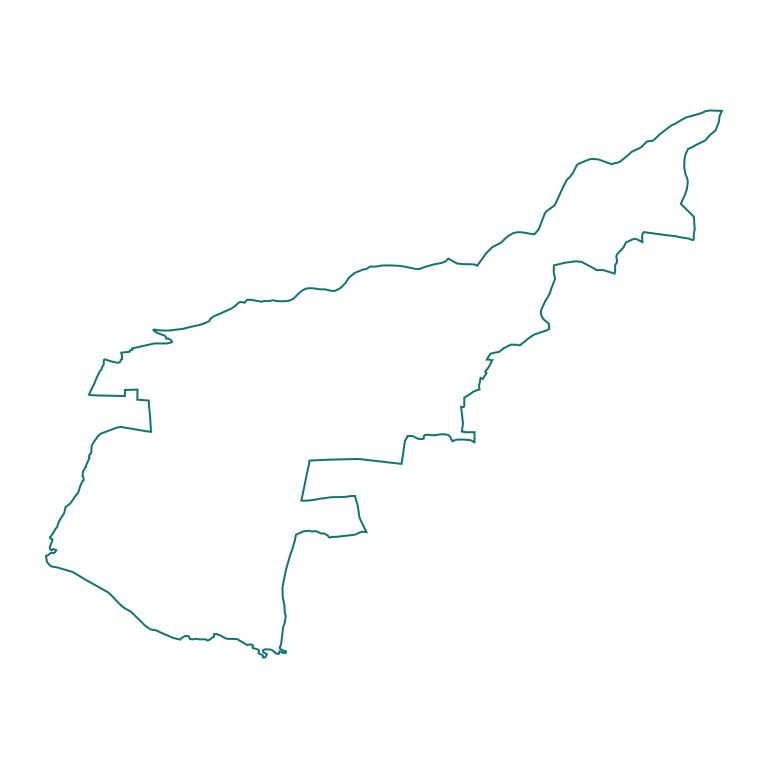 outline of Solovastru, Mures, Romania
{"feature_id": "2599482B7590824952903", "entity_name": "Solovastru", "entity_type": "district", "adm_level": 2, "iso_a3": "ROU", "parent_name": "Romania", "parent_adm1": "Mures", "projection": "equal_earth", "projection_center": [24.78, 46.783], "detail": "fine", "context": "isolated", "style": "outline", "palette": "teal", "viewbox_px": 768, "rotation_deg": 0, "n_neighbors": 0, "source": "geoboundaries", "source_scale": "gbopen_adm2", "svg_char_len": 6058}
<svg xmlns="http://www.w3.org/2000/svg" viewBox="0 0 768 768"><path d="M286.0,651.3L284.0,650.8L280.5,649.2L279.8,647.9L279.9,646.8L281.0,644.9L283.2,627.0L284.8,622.5L285.8,615.7L285.1,614.3L284.7,612.1L284.4,605.5L284.5,604.6L284.0,603.8L283.6,600.8L282.8,597.7L282.5,588.1L282.7,585.8L286.2,568.9L290.2,554.9L292.3,549.4L294.8,540.6L296.0,534.7L303.5,531.3L307.9,530.9L310.2,530.8L311.5,531.5L312.8,531.5L315.0,531.1L318.0,531.8L320.7,533.5L323.6,533.4L325.0,533.9L327.7,535.5L328.9,537.1L330.1,537.6L331.9,536.9L335.8,536.9L355.0,534.7L359.4,532.6L362.5,531.7L366.4,532.1L360.4,519.7L359.3,516.8L357.8,505.8L354.9,495.9L349.0,496.2L348.3,496.6L342.7,497.0L331.2,497.2L323.1,498.4L321.7,498.4L313.4,500.0L307.2,500.6L301.4,500.7L307.3,471.7L308.7,465.9L309.5,460.6L326.3,459.8L355.9,459.0L360.5,459.2L401.6,463.9L405.0,440.6L406.8,438.1L407.3,436.3L407.6,436.0L409.0,435.9L409.6,436.4L410.4,436.0L412.0,436.0L414.1,436.7L418.0,438.8L421.5,439.1L423.7,438.6L423.9,436.0L424.4,435.3L425.2,435.0L427.7,434.8L434.4,435.3L440.6,434.3L443.9,434.3L447.2,434.7L448.6,435.3L450.4,437.1L451.6,440.0L452.3,441.1L452.7,441.3L453.2,440.5L454.5,440.5L456.3,439.7L462.9,439.5L470.1,440.1L472.2,440.9L473.6,442.1L474.5,442.3L474.5,432.2L464.3,432.2L464.3,431.8L461.8,431.5L463.0,423.5L461.1,406.9L463.4,407.1L464.3,406.3L464.3,397.6L468.7,395.0L473.2,391.8L475.8,390.6L479.5,389.5L479.1,386.9L479.1,384.7L479.3,384.6L479.8,382.4L480.6,377.9L482.8,378.9L486.5,373.1L485.2,371.8L489.1,366.5L492.2,360.2L491.3,360.3L489.4,359.6L486.9,359.6L487.5,358.3L490.4,353.8L492.9,353.0L497.0,352.3L499.6,351.6L504.3,347.8L506.0,347.3L507.5,346.1L511.4,344.6L516.9,344.8L519.1,345.4L520.1,345.2L529.1,337.9L534.1,334.6L546.6,330.4L549.1,328.9L548.8,323.7L547.3,322.3L544.9,320.5L542.9,318.5L541.4,315.6L540.8,313.4L541.2,310.0L545.1,301.4L549.9,293.4L550.9,289.6L555.1,278.8L553.7,271.9L553.9,265.4L565.1,262.7L575.8,261.3L581.6,261.9L594.5,268.7L596.2,269.9L597.6,270.2L602.6,269.9L614.6,273.6L615.1,271.7L615.2,269.8L615.1,265.7L615.4,264.6L616.6,263.0L617.0,261.9L616.9,259.8L616.3,256.9L616.5,255.7L617.4,253.9L623.6,247.3L625.9,242.5L631.9,239.7L634.6,238.8L637.2,239.4L642.4,242.1L642.1,236.7L642.6,233.8L643.8,232.1L669.7,235.6L675.4,236.1L678.6,237.0L688.5,238.5L692.4,240.0L693.3,239.9L693.7,239.0L693.9,233.4L694.7,229.6L693.9,216.8L680.8,203.8L685.0,194.7L686.9,189.0L687.8,181.9L687.3,178.6L685.5,174.3L684.2,167.4L684.5,159.4L685.5,154.5L688.0,149.0L690.9,147.8L697.1,144.4L705.2,140.5L709.8,135.2L715.6,130.3L718.9,122.0L719.5,116.4L721.9,110.9L710.0,110.5L706.0,111.0L701.5,113.1L685.6,117.6L680.3,120.6L676.3,123.2L670.8,125.8L659.1,134.9L653.6,140.2L652.2,140.9L647.3,141.3L646.2,142.2L642.1,146.4L640.6,147.6L631.7,151.8L627.4,155.8L619.6,162.0L615.9,163.1L614.3,163.2L612.0,164.3L598.3,159.4L591.7,158.9L588.5,159.7L579.0,163.6L576.9,165.0L572.9,173.0L569.7,177.1L566.7,180.0L561.4,190.8L555.8,203.1L554.5,205.4L546.2,211.4L544.7,213.8L538.8,229.1L534.6,234.2L532.9,234.2L521.9,232.3L517.6,232.2L513.2,233.1L506.9,236.9L501.1,242.6L492.1,247.3L486.4,253.0L477.2,265.7L475.6,264.8L472.6,264.3L462.6,264.1L457.0,263.5L448.3,258.6L445.5,261.5L441.4,263.0L434.7,264.2L425.7,266.7L419.2,269.1L415.1,268.9L411.6,268.0L400.3,265.9L389.7,265.4L382.4,265.5L375.5,266.6L369.8,266.6L367.5,268.3L365.9,269.2L364.5,269.2L361.9,269.9L358.5,271.5L358.0,271.5L354.6,273.0L348.9,277.7L345.1,283.5L342.1,286.5L339.4,288.7L335.1,290.8L331.7,290.9L325.0,289.3L319.7,289.3L314.0,288.4L309.2,288.2L306.1,288.6L302.9,290.1L300.2,292.0L293.4,298.8L289.7,300.5L286.5,301.1L282.8,301.3L276.1,301.0L273.4,300.2L268.2,301.2L265.6,300.8L261.4,301.7L251.0,299.8L247.1,299.8L244.5,302.8L243.1,302.3L240.6,302.0L239.1,302.5L237.8,303.2L237.0,304.3L234.6,306.4L231.4,308.6L213.1,316.6L210.8,318.4L209.9,319.7L209.6,320.7L208.7,321.4L203.0,323.9L199.7,324.9L190.1,327.0L183.4,328.8L168.2,330.6L157.7,330.3L155.1,329.6L153.6,329.7L153.4,330.3L156.7,332.7L164.9,335.8L166.0,337.0L166.2,338.6L168.0,338.5L170.4,339.6L171.7,340.9L171.9,342.2L167.5,343.4L154.2,343.5L132.1,348.4L132.4,349.8L130.1,350.3L129.8,351.7L121.2,352.7L121.9,355.6L122.1,359.1L120.8,359.7L120.8,360.7L120.2,361.7L118.9,362.6L117.3,362.7L112.7,361.8L104.9,359.4L104.2,359.7L103.7,361.2L103.7,364.5L102.2,366.9L101.6,369.4L100.1,370.8L99.7,371.6L96.5,378.2L94.0,384.4L90.7,390.8L89.0,394.7L90.5,395.1L99.0,395.5L124.8,396.0L125.0,390.0L137.5,389.6L137.3,399.7L148.7,400.5L148.9,404.5L150.1,416.4L151.0,431.8L146.6,431.3L120.6,426.9L116.8,427.6L100.2,433.9L97.3,437.0L93.4,442.6L91.7,445.7L91.2,452.9L90.7,453.7L90.2,453.7L89.0,456.0L88.9,456.9L89.6,457.5L85.9,465.9L86.1,466.9L85.1,467.6L83.0,471.6L82.5,476.1L83.5,477.5L83.7,479.9L83.5,480.6L82.7,481.0L82.1,481.9L80.3,485.9L78.4,492.1L77.5,493.6L74.3,497.4L73.1,499.5L70.0,503.7L65.5,507.1L64.5,511.9L63.9,513.6L59.9,519.8L58.1,523.5L57.0,527.3L55.5,528.8L54.3,531.2L51.0,536.2L50.0,537.3L50.1,538.1L50.3,538.4L52.3,539.2L52.5,539.8L49.8,547.4L50.0,548.5L50.9,549.9L51.5,550.2L52.1,550.2L53.0,549.1L53.7,549.1L56.3,550.2L55.0,552.2L54.0,552.9L50.8,552.9L48.2,555.1L47.0,555.7L46.1,555.7L46.1,557.3L46.6,559.5L46.6,560.7L47.8,562.9L49.2,564.6L51.2,566.4L56.8,567.3L72.7,572.0L85.0,579.4L108.3,592.5L110.5,594.4L115.7,600.0L121.7,606.0L123.8,607.7L131.2,611.9L145.8,626.3L150.9,629.5L156.7,630.5L159.7,632.1L173.2,637.9L180.0,639.6L181.2,638.3L185.1,636.0L188.5,636.1L190.1,639.1L192.9,639.3L196.4,638.8L199.8,639.4L204.6,639.3L206.3,639.5L207.1,640.4L207.6,640.5L209.1,639.9L213.6,636.9L214.0,635.9L214.0,634.2L216.3,634.0L219.5,635.1L225.7,638.4L227.3,638.8L235.9,639.0L237.8,639.3L238.2,639.5L238.9,640.3L243.1,642.5L246.8,644.9L250.6,644.4L252.7,645.2L253.0,646.0L252.6,647.5L252.7,648.0L256.7,649.0L258.5,650.0L259.0,650.8L258.6,653.3L262.8,655.3L262.9,655.8L262.7,657.1L263.1,657.5L265.1,657.4L266.9,654.6L266.7,654.2L265.2,653.1L263.4,652.4L263.0,651.9L263.3,650.1L264.8,649.4L266.0,649.3L270.8,649.6L272.8,650.6L275.7,653.2L277.7,653.9L278.8,653.8L279.4,651.5L281.7,652.0L283.1,653.1L284.0,653.1L285.9,652.7L286.0,651.3Z" fill="none" stroke="#0f766e" stroke-width="2"/></svg>